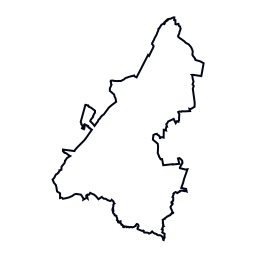 Acambay de Ruíz Castañeda, México, Mexico (Albers equal-area conic projection), rotated 91°
{"feature_id": "50627088B16858103917717", "entity_name": "Acambay de Ruíz Castañeda", "entity_type": "district", "adm_level": 2, "iso_a3": "MEX", "parent_name": "Mexico", "parent_adm1": "México", "projection": "albers", "projection_center": [-99.804, 19.959], "detail": "fine", "context": "isolated", "style": "outline", "palette": "ink", "viewbox_px": 256, "rotation_deg": 91, "n_neighbors": 0, "source": "geoboundaries", "source_scale": "gbopen_adm2", "svg_char_len": 5774}
<svg xmlns="http://www.w3.org/2000/svg" viewBox="0 0 256 256"><g transform="rotate(91 128 128)"><path d="M105.6,61.8L101.3,61.8L87.5,63.9L84.8,63.0L83.3,64.2L80.4,63.3L77.9,64.1L74.1,64.7L73.8,65.0L73.7,63.9L74.8,55.6L61.9,53.5L60.1,56.9L58.8,61.8L57.8,62.2L57.4,62.1L56.9,62.7L56.4,62.9L55.0,64.2L54.3,64.4L53.8,64.9L50.1,64.6L47.1,65.8L45.8,66.6L43.4,68.7L41.6,72.1L40.7,72.7L37.8,76.8L37.5,77.5L36.0,79.3L35.4,79.5L34.7,79.5L33.9,78.9L32.4,78.4L30.5,78.1L30.2,77.8L27.8,77.1L27.2,77.4L25.6,77.7L24.9,78.9L23.0,79.4L23.6,81.6L23.3,82.4L19.4,82.5L19.3,83.7L16.6,83.6L16.6,84.5L18.0,87.3L18.4,89.8L18.8,90.5L19.2,90.2L19.7,90.6L19.8,90.5L20.5,91.5L20.2,91.9L21.4,93.1L21.5,92.9L22.1,93.3L22.5,93.0L23.5,93.5L23.0,94.4L24.2,96.3L26.7,97.9L28.0,98.5L28.1,99.2L28.3,99.3L30.3,99.5L31.7,100.2L34.0,101.0L37.8,103.0L39.7,103.7L40.6,104.3L41.3,104.5L42.6,105.3L43.6,105.4L43.9,105.0L45.8,103.8L48.7,104.9L49.5,105.4L55.6,108.2L54.6,109.2L77.2,120.3L76.1,122.6L75.4,122.8L76.8,127.8L78.0,131.0L78.3,131.6L79.5,132.9L81.2,136.1L81.1,137.4L81.3,139.8L81.2,141.8L81.1,143.1L80.8,143.9L81.0,146.0L81.8,146.2L82.6,145.7L84.4,145.7L85.0,145.2L88.6,146.8L91.2,146.8L94.7,142.5L96.9,141.9L98.6,141.0L102.0,140.3L105.5,144.8L107.9,147.5L114.7,152.3L116.4,154.5L117.0,154.8L117.2,155.2L118.0,155.7L119.0,156.2L120.1,157.5L122.4,158.5L122.7,158.9L126.5,161.5L124.8,162.8L121.8,165.9L120.3,165.3L118.5,163.9L118.1,163.5L117.4,163.1L117.0,163.2L116.8,163.0L116.2,163.0L115.3,162.4L114.8,162.4L113.3,161.3L111.3,161.3L108.4,165.2L107.4,167.6L106.2,168.1L106.4,168.7L105.7,169.7L105.6,171.0L122.8,175.4L124.6,174.6L124.9,174.8L127.4,173.2L129.1,174.0L130.0,172.1L129.1,171.7L128.8,172.0L128.6,171.9L128.3,172.2L127.7,171.5L127.2,172.3L125.9,171.4L125.6,172.0L125.0,171.5L126.6,168.1L127.2,168.4L128.4,166.5L128.8,166.6L130.3,164.1L139.1,170.0L141.3,171.7L148.7,178.8L151.0,180.7L152.0,181.1L150.7,192.6L152.3,192.6L152.7,192.2L152.8,191.8L153.4,191.6L153.6,191.1L154.0,190.9L154.1,190.5L154.0,190.1L154.6,189.0L156.2,186.9L157.0,185.3L159.2,188.6L161.2,189.8L161.7,190.4L162.3,190.3L164.4,191.0L167.7,193.7L170.9,193.9L171.1,194.8L171.6,195.2L171.6,195.5L171.8,195.4L172.2,195.9L174.0,196.8L174.1,197.2L175.2,198.1L175.7,199.1L176.7,199.8L179.2,200.9L180.8,202.5L183.9,201.2L186.4,199.1L188.8,198.5L192.7,197.8L194.5,194.8L199.2,194.7L198.8,193.5L198.8,193.0L199.1,192.4L199.9,191.9L199.2,188.5L198.2,185.1L197.5,183.9L197.0,182.6L195.5,180.8L194.9,179.0L194.9,178.0L195.5,173.8L199.0,171.5L199.9,171.3L200.4,171.4L198.5,168.1L199.2,167.2L197.8,167.5L197.3,168.4L196.9,168.6L196.3,167.7L195.9,168.1L195.5,167.7L195.2,167.1L195.3,166.4L195.2,165.6L193.5,164.7L194.9,161.8L194.9,161.2L195.2,160.8L196.9,158.7L199.7,156.3L197.4,153.1L197.9,152.9L198.0,152.3L199.0,151.2L199.2,150.4L199.0,149.8L199.2,149.0L200.5,147.1L201.3,144.4L200.7,143.4L200.1,143.1L201.6,141.3L202.4,141.0L202.6,141.1L203.1,140.9L203.8,140.2L204.5,141.1L205.1,141.4L206.8,141.2L207.5,141.6L208.4,141.8L208.9,141.5L209.4,142.0L210.0,141.5L210.3,142.1L210.7,142.0L210.6,141.8L211.1,141.6L211.4,141.2L212.0,141.6L212.4,141.6L213.8,141.0L214.3,140.2L215.5,139.8L215.4,139.4L216.1,138.1L216.6,138.2L218.0,137.4L219.5,137.1L219.8,137.1L220.2,137.5L220.5,137.3L221.1,136.2L221.7,136.4L222.3,136.3L222.6,136.0L222.7,134.6L221.5,134.1L221.4,133.8L222.1,133.7L222.8,134.0L223.3,133.9L223.9,133.4L224.0,133.0L225.0,132.7L225.1,131.8L226.0,131.1L226.1,130.8L226.8,131.2L227.2,131.0L227.3,130.3L226.9,129.8L226.5,128.3L227.2,127.5L226.9,127.2L226.8,126.2L227.0,125.3L227.4,125.0L227.3,124.5L226.9,123.8L226.9,122.8L227.3,122.0L226.8,120.3L225.9,119.2L225.9,118.7L224.6,118.2L223.8,117.5L223.9,117.1L224.4,116.2L225.3,115.8L226.3,115.8L226.7,116.3L228.6,116.8L229.1,116.2L230.6,112.3L230.3,111.0L230.4,110.8L230.6,110.5L231.1,110.7L231.5,110.5L232.2,109.8L232.3,106.8L232.4,106.2L233.2,105.1L232.4,103.3L231.8,103.0L231.1,102.2L231.5,102.0L231.6,101.4L232.3,100.8L233.1,99.5L233.0,99.1L233.6,97.8L233.5,97.6L233.7,97.3L234.2,97.1L234.7,96.1L234.6,94.5L235.2,92.7L237.2,91.1L237.5,91.2L238.0,90.9L238.3,91.0L238.5,90.7L239.3,90.7L239.4,90.4L238.3,90.3L237.6,90.0L237.5,89.7L236.5,89.4L235.8,89.8L233.2,89.5L232.8,90.0L232.3,91.4L231.7,92.0L231.2,91.7L229.3,91.4L228.8,92.1L228.6,91.7L228.1,91.7L227.6,92.0L226.8,91.5L225.8,91.2L225.5,90.6L225.0,91.2L224.3,91.3L223.7,91.0L222.5,91.6L222.0,91.3L220.3,91.6L219.7,91.5L219.2,91.7L218.8,91.1L218.2,89.7L217.8,89.8L216.6,88.1L215.8,87.3L215.7,86.7L214.9,85.8L214.8,84.9L214.2,84.1L213.8,83.7L213.5,83.8L212.6,82.7L212.2,82.6L212.5,81.9L212.1,81.3L211.9,81.3L211.0,82.2L209.1,82.9L207.4,83.8L206.4,84.1L205.7,83.9L203.1,82.0L202.8,82.0L202.3,82.4L202.7,82.7L202.4,83.2L201.4,83.3L200.9,83.0L200.9,82.7L200.5,81.9L199.4,81.5L196.6,81.6L196.4,81.7L196.2,82.3L193.2,81.1L192.9,81.4L192.0,80.6L191.2,79.2L192.2,77.7L191.7,77.3L191.7,76.8L191.2,76.2L190.9,75.3L190.2,75.2L190.2,74.7L189.7,73.9L189.8,72.1L189.6,71.7L189.6,71.2L189.7,70.8L190.1,70.8L190.2,70.4L190.0,69.2L190.4,68.3L187.9,68.9L187.0,73.7L181.6,71.9L177.8,71.0L168.2,67.8L168.5,70.0L167.2,75.4L166.9,75.5L165.5,74.9L161.9,72.9L161.3,73.2L160.3,73.1L159.6,73.4L158.3,74.6L157.2,76.1L157.6,77.5L162.9,76.0L163.7,82.6L163.4,82.7L164.6,92.1L158.5,93.4L158.7,94.8L156.8,95.9L156.3,96.4L155.0,96.7L152.7,97.8L145.9,97.6L143.2,98.0L139.2,102.9L134.6,102.5L133.6,100.6L133.3,99.0L134.3,98.4L134.9,97.1L136.0,96.4L136.1,96.0L137.5,95.8L137.5,95.5L136.7,94.9L136.6,93.6L137.0,92.2L129.2,92.2L129.8,89.9L128.2,90.3L125.9,89.5L125.9,89.0L123.5,89.8L122.4,88.8L120.8,88.0L118.1,82.5L122.3,80.4L121.7,80.0L120.5,79.5L120.8,78.1L120.3,78.3L119.7,77.1L116.4,77.1L113.5,76.9L111.2,78.1L110.6,76.9L110.8,75.3L110.6,74.3L110.3,74.2L110.4,71.0L110.3,70.7L110.0,66.2L107.8,66.9L108.1,65.9L105.6,61.8Z" fill="none" stroke="#020617" stroke-width="2"/></g></svg>